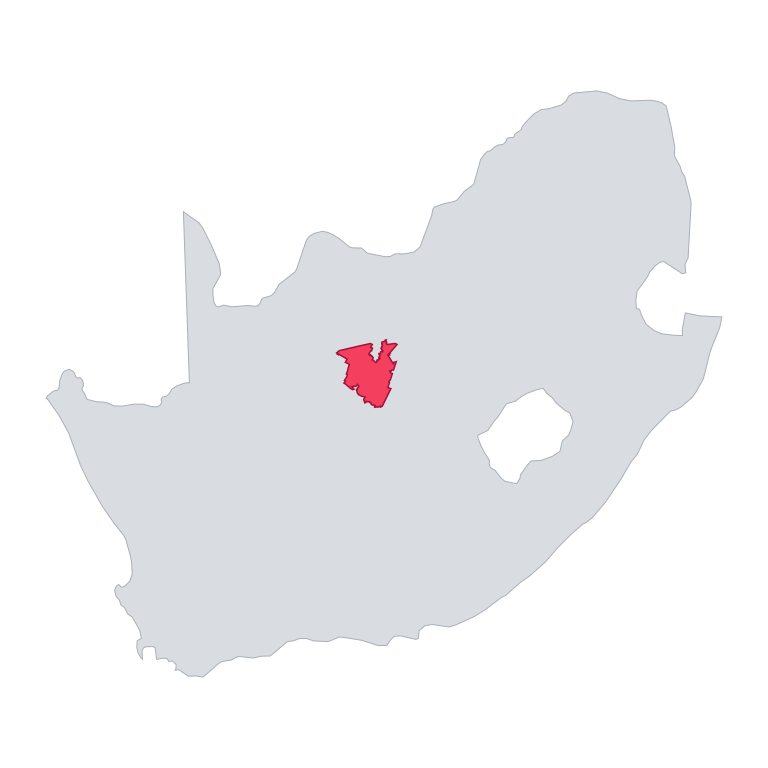 Frances Baard, Northern Cape, South Africa shown in context
{"feature_id": "47623444B47551800403987", "entity_name": "Frances Baard", "entity_type": "district", "adm_level": 2, "iso_a3": "ZAF", "parent_name": "South Africa", "parent_adm1": "Northern Cape", "projection": "orthographic", "projection_center": [24.486, -28.328], "detail": "fine", "context": "in_parent", "style": "filled", "palette": "rose", "viewbox_px": 768, "rotation_deg": 0, "n_neighbors": 0, "source": "geoboundaries", "source_scale": "gbopen_adm2", "svg_char_len": 8080}
<svg xmlns="http://www.w3.org/2000/svg" viewBox="0 0 768 768"><path d="M574.0,93.0L597.1,90.9L607.3,93.1L619.5,98.6L631.0,100.9L650.6,100.2L657.3,101.3L662.5,103.3L666.3,106.2L671.0,126.1L674.8,147.4L674.3,154.2L674.9,156.9L680.0,166.1L681.7,171.8L684.7,176.5L690.5,199.4L691.1,203.4L688.1,257.8L685.0,264.2L685.7,272.8L682.4,273.8L664.0,261.7L660.7,261.9L655.2,265.7L649.9,271.8L647.3,277.1L637.0,291.3L635.9,300.6L636.3,308.6L639.5,309.1L641.4,315.0L646.1,324.4L654.5,330.8L662.4,333.9L673.6,335.2L682.5,335.6L682.3,329.4L685.3,312.9L700.0,315.9L721.9,316.9L719.7,327.5L710.2,351.4L703.4,378.7L696.0,392.1L692.0,397.6L680.9,407.1L675.2,410.1L670.5,411.0L651.4,430.5L644.1,440.0L637.4,454.1L631.1,461.7L621.6,478.1L605.4,502.3L591.9,518.1L586.1,522.5L582.2,524.5L571.8,533.6L557.1,548.3L545.9,561.5L529.3,576.2L519.9,582.7L505.6,595.5L501.7,597.3L485.9,609.2L474.5,616.4L456.3,624.7L449.2,627.0L432.2,624.5L425.0,625.6L419.0,630.8L418.4,638.3L415.9,639.4L400.3,635.8L393.9,636.4L390.1,640.4L387.0,645.4L378.1,645.6L362.2,640.4L343.4,637.3L339.1,637.0L330.0,641.0L326.9,641.6L313.6,640.9L306.3,638.5L299.2,638.6L293.9,640.7L287.4,641.6L270.2,656.0L261.1,656.2L253.3,658.0L239.5,656.5L235.4,657.5L231.3,660.1L222.0,661.5L218.4,663.7L203.1,677.1L196.6,676.0L188.3,676.2L178.7,669.7L175.2,670.3L176.0,668.2L176.1,664.6L172.6,661.0L169.0,661.4L166.9,658.4L161.3,658.4L156.7,659.5L155.2,647.7L152.9,646.6L147.3,646.7L144.5,647.2L143.3,648.3L142.0,651.1L142.5,659.4L140.4,657.1L137.8,652.3L136.8,647.0L137.2,640.7L141.4,638.2L139.7,630.3L132.2,617.0L128.0,614.3L124.4,607.4L121.0,605.0L119.4,600.2L116.1,596.4L114.6,590.3L116.1,586.6L118.7,584.5L121.7,587.4L125.0,586.0L129.7,581.3L132.2,574.3L131.7,563.4L130.6,556.6L125.7,539.1L123.6,535.2L113.9,523.0L102.6,506.7L87.8,480.7L80.4,465.1L68.8,433.3L59.1,415.5L47.5,399.1L46.1,398.1L47.5,395.9L52.9,391.5L55.4,390.3L56.8,390.7L58.1,389.5L59.2,386.8L59.7,380.7L62.0,374.2L64.2,371.3L69.1,369.2L73.0,371.3L74.8,373.6L75.6,376.6L77.4,378.0L80.1,377.7L82.1,379.5L83.4,383.4L83.3,386.2L81.9,388.0L82.3,390.3L84.4,393.1L86.9,399.3L97.3,401.9L103.1,402.0L108.6,403.3L113.9,405.9L122.4,406.1L134.0,404.1L143.8,404.2L151.5,406.6L157.0,406.9L160.4,405.0L161.7,402.4L161.1,399.2L162.7,397.0L166.6,396.0L169.5,393.4L171.7,389.3L176.9,385.8L185.2,382.9L189.4,382.8L183.4,211.8L199.2,223.0L202.9,228.3L210.9,244.1L219.2,263.6L220.7,273.1L220.4,275.2L213.0,288.4L212.9,294.8L214.0,302.3L215.9,306.0L218.2,307.1L223.6,305.1L232.0,306.8L247.9,305.5L255.8,306.3L257.8,305.7L259.6,304.0L261.6,299.5L263.4,298.0L270.8,295.8L274.1,293.2L279.2,284.2L294.9,272.0L296.6,269.1L306.3,240.4L309.3,236.3L313.7,233.5L322.5,231.3L327.7,232.4L333.3,234.8L339.6,238.9L349.0,246.6L352.2,247.8L361.6,248.1L367.4,253.2L384.9,256.7L390.0,256.5L395.4,253.8L404.4,253.9L414.1,252.0L420.0,247.0L431.6,215.9L432.9,209.1L434.2,207.2L443.5,203.8L454.8,201.3L457.2,199.9L464.3,191.3L473.7,184.3L480.6,159.5L484.9,153.7L487.5,151.3L489.2,151.3L491.6,149.8L494.7,146.8L498.4,145.0L502.7,144.4L505.5,142.4L506.8,139.1L509.1,137.5L512.2,137.7L514.0,136.7L514.5,134.5L521.6,129.3L521.8,127.2L525.9,122.0L533.9,113.9L541.4,109.5L548.3,108.8L561.2,105.0L565.9,101.2L568.9,95.9L574.0,93.0ZM540.9,460.4L551.8,456.6L560.0,451.3L562.2,441.2L568.5,435.2L571.0,429.5L573.0,421.6L569.8,413.0L564.9,410.4L556.0,402.8L552.2,397.7L546.9,393.4L543.2,388.4L536.8,389.7L526.9,393.4L520.8,396.9L515.6,401.1L506.3,403.9L497.5,417.5L494.6,420.5L487.7,430.5L478.0,435.2L477.7,437.0L480.7,445.3L485.0,453.5L489.5,460.3L489.1,464.4L490.6,467.7L494.7,470.0L501.5,478.5L504.9,481.3L515.4,483.5L517.0,483.1L520.0,478.2L520.5,474.7L528.0,464.2L531.2,461.0L540.9,460.4Z" fill="#d9dde1" stroke="#a8b0b8" stroke-width="1"/><path d="M370.5,343.5L358.3,346.2L353.7,347.3L352.0,347.7L348.8,348.4L339.2,350.7L336.6,352.9L337.3,353.3L337.0,353.4L337.3,354.3L337.6,354.2L338.6,354.8L338.9,354.3L347.1,359.1L345.3,362.3L346.6,363.0L348.1,363.6L349.4,364.3L348.2,367.7L347.7,370.5L346.3,374.0L347.5,374.7L346.9,376.4L346.9,376.6L344.4,380.4L345.5,381.3L343.9,383.1L345.2,383.8L346.3,384.7L347.9,386.2L349.1,387.0L350.3,388.3L352.7,389.7L354.0,389.2L353.7,388.7L352.4,387.3L351.9,386.5L355.9,386.3L356.5,385.5L357.5,384.4L358.8,386.3L358.6,386.5L358.5,386.8L358.5,387.0L358.1,387.3L357.9,387.3L357.7,387.5L357.6,388.1L357.5,388.3L357.4,388.4L357.4,388.5L357.4,389.0L357.1,389.2L356.4,389.4L356.4,389.6L356.5,389.7L356.6,390.4L356.7,390.7L357.0,391.0L357.1,391.4L357.0,391.5L357.1,391.9L357.2,392.7L358.1,394.0L358.4,394.6L358.9,394.9L359.6,395.2L359.8,395.2L360.5,395.7L360.7,395.8L361.5,396.2L362.9,396.4L363.3,396.5L364.6,397.1L364.9,397.2L365.1,397.2L364.4,398.3L363.6,399.5L363.7,400.1L363.8,400.2L364.0,400.4L364.5,401.8L364.7,402.5L364.8,402.4L365.0,402.4L365.1,402.6L365.3,402.7L365.5,402.7L365.5,402.3L365.6,402.1L365.6,401.9L365.7,401.7L365.8,401.6L366.0,401.7L366.3,401.8L366.4,401.7L366.6,401.4L366.8,401.5L367.1,401.8L367.5,401.8L367.8,401.6L368.1,401.6L368.4,401.6L368.6,401.8L369.0,401.9L369.3,401.9L369.7,402.4L369.8,402.3L369.9,402.2L370.0,402.3L370.1,402.2L370.4,402.5L370.6,402.7L370.7,402.8L370.8,402.8L370.8,403.1L370.9,403.4L371.1,403.9L371.3,404.2L371.6,404.6L371.8,404.8L372.2,405.1L372.4,405.1L372.5,405.1L372.9,404.9L373.1,404.9L373.3,404.8L373.5,404.9L373.9,404.8L374.1,404.9L374.2,405.0L374.2,405.3L374.4,405.5L374.7,405.7L375.0,405.8L374.9,405.9L375.0,406.3L374.6,406.8L374.5,407.0L374.7,407.3L374.9,407.3L375.2,407.3L375.9,406.9L376.0,407.0L376.4,407.1L376.7,407.0L377.0,407.0L377.4,406.9L377.5,406.9L377.5,407.0L377.8,407.1L378.0,407.0L378.3,406.9L378.7,406.9L379.2,406.7L379.4,406.7L379.6,406.7L379.7,406.8L380.2,406.9L380.2,406.7L380.1,406.3L380.2,406.2L380.3,406.2L380.5,406.2L380.8,406.2L380.8,406.4L380.7,406.5L380.7,406.8L380.8,407.0L381.0,406.8L381.3,406.7L381.3,406.4L381.5,406.3L382.1,406.2L382.3,406.2L390.9,388.6L387.9,387.6L389.5,382.5L388.7,381.8L389.7,380.5L390.1,380.0L390.3,380.0L392.4,373.5L390.5,372.8L389.7,371.0L391.1,371.2L392.0,369.9L393.5,370.1L396.2,361.8L395.8,362.0L395.4,362.0L395.0,362.2L394.4,362.1L394.1,362.1L393.9,362.2L393.8,362.3L393.6,362.7L393.3,363.2L393.1,363.6L388.0,355.2L388.7,354.8L388.9,354.9L389.2,354.9L389.2,354.7L389.3,354.7L389.2,354.6L389.2,354.2L389.3,354.1L388.7,354.2L393.7,348.4L397.1,344.4L396.5,344.1L395.1,343.5L394.0,343.6L392.8,343.8L391.9,343.9L390.4,344.1L389.1,344.2L386.9,344.5L386.7,344.3L386.7,344.2L386.5,343.8L386.5,343.7L386.6,343.4L386.6,343.1L386.6,342.7L386.7,342.3L386.6,341.9L386.3,341.7L386.1,341.3L386.1,340.9L386.1,340.7L386.1,340.2L386.2,339.9L385.1,340.2L385.3,341.3L382.4,341.8L382.4,342.1L382.3,342.3L382.2,342.4L382.1,342.5L381.9,342.7L381.8,342.8L382.1,343.2L382.1,343.3L382.0,343.5L381.9,343.4L381.9,343.5L381.8,343.4L381.7,343.5L381.7,344.1L381.9,344.5L382.1,344.8L382.4,345.0L382.5,345.2L382.4,346.0L381.9,346.2L381.5,347.2L381.7,347.6L381.6,348.2L381.4,348.4L381.1,348.3L381.0,348.6L382.7,350.4L382.3,350.6L382.2,350.7L382.2,350.9L382.3,350.9L382.5,351.0L382.6,351.3L382.3,351.4L382.3,351.5L382.2,351.4L381.9,351.3L381.5,351.4L381.3,351.5L381.2,351.5L380.9,351.6L380.9,352.0L380.8,352.3L380.7,352.3L380.7,352.5L380.6,352.8L380.5,353.0L380.4,353.1L379.9,353.3L379.9,353.6L379.8,353.8L379.7,353.8L379.4,353.9L379.1,353.8L379.1,353.7L378.9,353.6L378.8,353.8L378.9,354.1L379.0,354.2L379.3,354.4L379.3,354.6L379.4,354.8L379.5,354.9L379.6,355.0L379.7,355.3L379.8,355.3L379.7,355.4L379.7,355.5L379.5,355.9L379.4,356.1L379.5,356.5L379.6,356.8L379.5,357.0L379.4,357.2L379.5,357.2L379.5,357.3L379.4,357.4L379.5,357.4L379.4,357.4L379.5,357.5L379.6,357.8L379.8,358.1L379.7,358.1L379.7,358.3L379.4,358.4L379.4,358.5L379.2,358.7L379.3,358.7L379.2,358.7L379.2,358.8L378.9,358.9L378.9,359.0L379.1,359.3L379.1,359.5L378.9,359.6L378.7,359.7L378.4,359.7L378.2,359.8L378.2,359.7L377.9,359.7L377.7,359.9L377.2,360.0L376.9,360.2L376.8,360.3L377.0,361.0L377.1,361.5L376.9,361.8L376.6,362.0L375.9,362.6L373.0,360.0L372.2,359.8L372.8,358.9L373.1,358.2L373.1,357.4L370.7,354.8L370.0,355.6L368.7,354.2L370.7,351.0L371.5,350.9L372.5,348.2L370.7,347.2L372.3,344.5L370.5,343.5Z" fill="#f43f5e" stroke="#9f1239" stroke-width="1.5"/></svg>